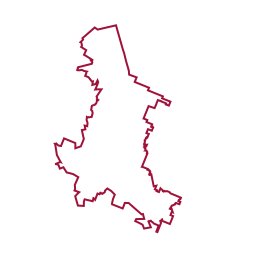 the district of Navojoa, Sonora, Mexico, rotated 202°
{"feature_id": "50627088B81752384557696", "entity_name": "Navojoa", "entity_type": "district", "adm_level": 2, "iso_a3": "MEX", "parent_name": "Mexico", "parent_adm1": "Sonora", "projection": "albers", "projection_center": [-109.481, 27.027], "detail": "fine", "context": "isolated", "style": "outline", "palette": "rose", "viewbox_px": 256, "rotation_deg": 202, "n_neighbors": 0, "source": "geoboundaries", "source_scale": "gbopen_adm2", "svg_char_len": 5064}
<svg xmlns="http://www.w3.org/2000/svg" viewBox="0 0 256 256"><g transform="rotate(202 128 128)"><path d="M98.5,168.3L107.5,168.3L107.5,170.4L115.7,170.4L116.0,170.4L117.2,170.4L123.6,170.4L123.6,173.2L123.8,173.2L126.5,173.2L133.6,173.2L139.0,173.2L139.0,178.2L146.9,177.9L147.7,179.4L148.7,181.5L149.5,182.4L149.5,182.5L154.7,189.1L158.1,193.8L158.3,194.0L159.2,195.4L159.3,195.6L160.6,197.0L163.2,200.2L177.6,218.7L193.0,207.9L196.5,208.7L200.9,200.0L201.7,198.4L203.9,194.2L202.8,193.2L204.0,190.2L204.2,189.8L203.5,189.8L203.4,189.7L202.9,189.3L201.5,187.0L201.8,185.6L195.9,184.5L196.2,179.4L194.4,179.2L186.5,177.8L186.4,176.0L186.5,176.0L185.7,175.5L185.6,174.0L197.1,165.6L197.1,165.1L196.8,165.1L196.8,162.7L196.3,162.7L195.9,162.8L194.9,163.2L192.4,164.6L190.2,164.4L187.4,164.9L187.7,164.3L187.4,164.0L187.3,163.7L187.2,163.2L187.2,160.3L183.6,160.3L178.8,157.5L178.6,157.5L178.0,158.0L177.2,154.6L174.4,156.7L174.1,160.7L173.6,160.2L172.8,159.3L172.8,159.1L172.8,158.7L172.9,158.3L173.0,158.2L172.7,157.6L172.7,153.3L172.7,152.9L172.7,152.7L172.8,151.4L170.6,152.5L167.1,153.9L168.9,145.4L168.7,145.2L168.4,145.0L168.3,144.7L168.2,144.4L167.9,144.2L167.7,144.0L167.5,143.7L167.4,143.5L167.4,143.1L167.2,143.0L166.8,142.9L166.7,142.7L166.6,142.8L166.4,142.8L166.1,142.8L166.2,142.4L166.5,142.3L167.3,142.2L167.1,141.8L166.9,141.4L166.9,141.2L166.7,138.9L166.7,138.7L167.3,137.9L167.3,137.4L169.3,135.5L169.7,135.2L169.6,134.5L169.6,134.4L169.6,134.2L169.7,133.8L169.6,133.7L169.4,133.3L169.3,133.1L169.0,131.0L168.6,130.7L167.6,130.5L167.4,130.2L167.2,129.8L167.0,129.5L166.6,129.1L166.5,128.5L166.1,127.7L166.2,126.9L166.0,126.1L165.9,125.3L165.8,124.7L166.3,124.3L166.6,124.3L168.3,123.2L168.6,123.3L169.5,122.7L170.2,122.8L169.9,121.8L169.7,120.8L169.3,119.8L169.1,119.6L168.4,118.7L168.1,118.5L167.5,117.6L167.0,116.5L167.0,115.8L166.9,115.2L166.7,114.9L166.5,114.4L169.1,114.0L167.0,110.8L170.0,108.8L166.0,102.9L164.9,101.5L164.8,98.3L164.9,93.3L169.2,89.5L171.2,94.3L183.4,94.4L183.4,86.2L183.8,86.1L185.5,85.8L186.4,85.8L188.7,86.7L188.8,86.3L189.5,86.0L189.8,85.9L189.3,85.5L183.8,76.3L178.6,71.9L177.7,71.2L177.9,71.2L178.0,71.0L178.4,70.7L179.1,70.1L182.0,67.1L180.6,67.9L178.3,67.4L176.0,64.8L173.2,67.4L172.5,66.9L172.0,66.5L168.2,63.8L165.8,64.2L161.6,64.7L155.7,63.8L156.0,55.3L154.2,51.7L154.2,50.0L150.1,50.2L149.2,50.2L150.1,48.4L151.4,45.0L145.4,37.3L139.8,39.2L141.4,43.5L141.5,45.6L133.3,46.9L133.8,50.1L133.7,50.1L131.6,49.1L131.7,55.8L129.5,55.9L129.2,56.8L129.3,57.4L129.4,57.6L129.1,57.8L128.5,57.5L128.4,57.4L128.0,57.4L127.8,57.5L127.6,57.4L127.4,57.3L127.2,57.3L127.1,57.5L126.9,57.7L126.7,57.9L126.7,58.1L126.6,58.3L126.4,58.5L126.1,58.8L125.9,59.1L125.7,59.6L125.5,60.0L125.6,60.6L125.7,61.0L125.8,61.4L124.5,64.2L119.9,63.3L115.3,61.3L115.3,56.6L114.6,52.2L114.2,51.3L102.8,51.4L102.8,55.1L102.9,57.3L99.3,58.7L83.0,53.0L81.9,53.8L78.9,49.8L86.3,46.6L86.4,44.4L82.6,44.2L78.3,43.8L75.4,40.8L69.6,44.5L74.1,49.1L73.8,49.5L73.1,49.7L72.4,50.0L72.3,50.4L72.1,50.6L71.9,50.5L71.8,50.3L71.7,50.2L71.1,50.1L69.5,49.7L68.3,49.1L67.9,49.1L63.1,49.0L62.9,42.5L61.8,42.5L61.8,49.0L61.8,52.4L63.3,53.8L63.1,54.1L62.9,54.3L62.2,55.9L61.2,54.7L53.2,54.7L53.2,63.2L56.0,63.2L56.0,66.8L55.0,66.7L55.5,67.3L56.2,68.1L56.5,68.5L57.4,69.6L57.7,69.8L57.7,69.7L58.1,69.7L58.2,69.2L58.3,68.8L58.9,68.8L58.3,72.4L57.8,72.7L57.6,72.8L57.4,73.0L57.2,73.6L57.1,73.8L56.1,74.3L55.9,74.5L55.8,74.9L55.9,75.0L56.0,75.6L55.9,75.9L55.7,76.3L55.5,76.5L53.4,76.5L51.8,76.6L51.8,79.1L53.9,79.1L53.9,80.2L53.2,81.4L52.8,81.6L52.8,83.2L54.9,83.2L58.9,83.3L64.2,83.3L64.8,83.7L65.2,84.0L65.9,84.1L67.9,84.1L68.0,84.1L68.4,84.0L69.2,83.4L69.3,83.4L69.5,83.3L70.1,83.4L70.4,83.4L70.6,83.3L70.7,83.2L70.9,82.6L71.0,82.5L71.1,82.4L71.9,82.4L72.0,82.4L72.1,82.5L72.4,83.1L72.6,83.3L75.1,84.1L75.3,84.2L75.3,80.2L77.8,80.2L77.7,81.2L80.1,81.2L80.1,85.1L82.3,83.6L89.0,93.7L90.2,92.6L90.3,92.6L90.9,92.7L91.0,93.6L91.1,94.0L90.7,94.8L90.9,95.0L90.9,95.3L91.2,95.3L91.3,95.8L91.3,96.2L91.5,96.3L91.9,96.2L92.1,96.3L92.2,96.7L92.3,96.8L92.7,96.6L93.2,96.6L94.3,96.6L94.2,97.4L100.1,97.4L100.3,97.4L100.5,97.3L100.5,101.4L100.5,111.5L101.0,111.5L101.1,112.9L102.1,113.4L102.4,113.9L103.1,113.7L102.9,114.0L103.7,114.2L104.2,115.5L104.3,115.6L104.7,115.5L105.0,116.2L105.3,116.1L105.4,116.7L106.0,116.7L105.9,117.1L105.8,117.4L105.8,117.5L105.6,117.6L105.2,117.5L105.2,118.6L104.5,118.6L104.5,117.9L104.2,117.9L104.2,119.6L104.4,119.5L104.5,119.4L105.1,119.2L105.3,119.1L106.3,119.0L106.4,118.9L106.8,118.8L106.8,119.1L106.8,119.7L107.1,119.7L107.1,120.3L107.1,120.5L107.1,121.5L107.7,122.3L107.5,122.6L107.8,123.0L107.6,123.2L107.6,125.5L107.1,125.5L107.1,126.5L106.5,126.5L106.5,129.5L106.5,130.3L109.0,130.2L109.0,132.1L109.0,134.4L104.9,134.4L104.9,137.8L107.0,137.8L107.0,138.0L106.6,138.5L107.0,138.5L107.0,140.5L113.1,140.5L113.1,142.6L117.1,142.6L117.1,156.0L110.8,156.4L110.7,160.8L110.8,162.0L110.8,165.1L107.6,165.1L107.7,165.3L107.4,165.3L107.4,165.1L101.8,165.1L101.8,164.0L98.5,164.1L98.5,168.3Z" fill="none" stroke="#9f1239" stroke-width="2"/></g></svg>